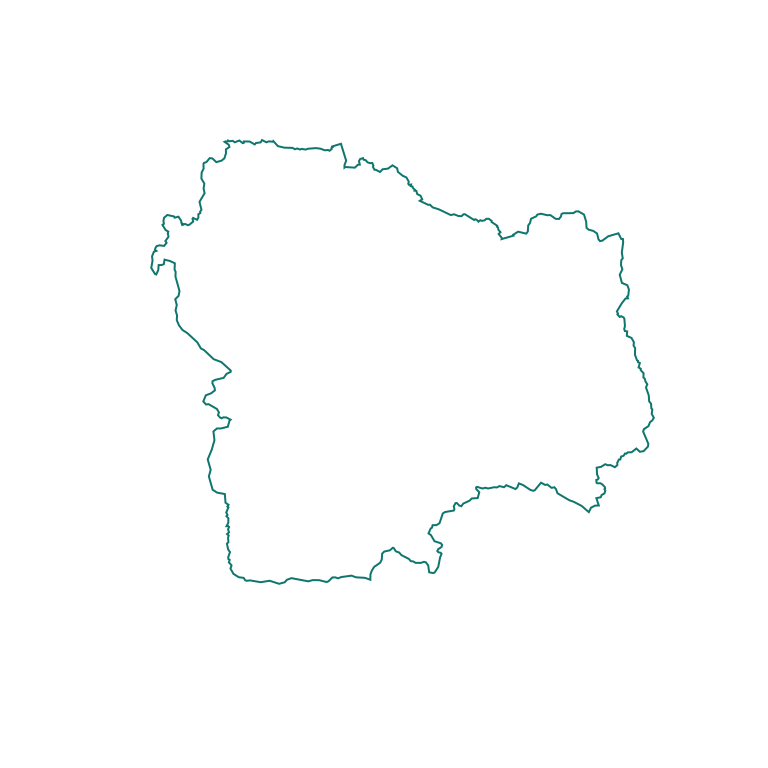 San Vicente, Antioquia, Colombia (Natural Earth projection), rotated 113°
{"feature_id": "7082276B36807549160801", "entity_name": "San Vicente", "entity_type": "district", "adm_level": 2, "iso_a3": "COL", "parent_name": "Colombia", "parent_adm1": "Antioquia", "projection": "natural_earth1", "projection_center": [-75.346, 6.311], "detail": "fine", "context": "isolated", "style": "outline", "palette": "teal", "viewbox_px": 768, "rotation_deg": 113, "n_neighbors": 0, "source": "geoboundaries", "source_scale": "gbopen_adm2", "svg_char_len": 6166}
<svg xmlns="http://www.w3.org/2000/svg" viewBox="0 0 768 768"><g transform="rotate(113 384 384)"><path d="M411.9,138.8L406.1,143.9L403.5,140.2L401.1,140.3L398.6,138.3L395.4,138.7L394.6,140.0L393.4,139.7L392.6,140.5L391.1,143.8L390.8,146.1L392.1,149.0L391.8,149.8L389.4,151.1L388.2,149.8L386.7,149.6L384.1,152.5L377.9,155.5L375.4,151.8L371.4,149.0L371.4,146.5L370.1,143.7L370.4,139.0L367.5,137.5L365.4,138.5L361.8,138.3L361.1,137.0L358.2,137.4L356.4,135.4L353.8,135.0L353.5,133.7L351.7,132.9L350.1,129.4L344.8,126.5L346.4,122.0L344.4,118.8L338.5,116.6L335.8,117.3L326.5,126.9L324.0,127.1L319.4,124.1L315.2,124.2L312.6,122.8L309.7,122.4L306.9,125.9L302.5,127.1L302.0,128.4L297.9,130.4L296.3,133.2L291.1,135.8L284.8,141.5L281.4,141.5L279.5,144.3L277.3,146.0L276.6,147.8L272.7,149.2L270.9,153.2L269.6,153.6L269.3,156.1L264.7,156.7L264.6,158.7L263.4,159.3L263.3,160.4L258.9,164.5L252.9,166.8L251.1,169.3L247.9,170.3L244.9,174.2L244.8,179.3L240.6,180.7L241.1,183.0L239.5,184.4L236.6,184.8L230.1,188.2L229.2,189.3L228.9,192.2L230.2,193.2L228.8,196.3L227.8,196.1L226.2,198.0L217.0,196.7L210.9,195.1L209.8,192.9L208.5,194.4L207.3,193.7L201.4,195.4L198.0,198.6L198.0,204.5L191.3,209.7L185.3,209.4L181.8,212.4L177.1,214.0L175.1,213.3L170.2,216.4L160.1,219.2L157.2,220.7L157.8,222.3L153.7,227.1L160.4,235.3L166.8,239.1L168.1,241.0L167.0,243.1L162.2,246.7L161.3,251.3L162.0,255.9L161.1,258.6L155.6,261.3L149.9,266.1L149.1,272.5L150.2,274.8L152.7,276.4L156.9,286.0L158.2,287.0L160.8,286.6L163.7,287.4L164.9,290.6L163.5,296.9L164.9,299.8L165.9,306.0L168.1,309.0L170.2,309.4L174.4,313.2L178.7,312.5L181.7,313.2L187.4,311.2L190.0,311.8L191.4,320.1L196.2,323.4L196.8,322.7L204.6,332.3L203.6,332.4L201.1,337.1L198.7,336.1L197.3,339.0L195.4,340.2L195.1,341.5L194.1,341.6L192.8,348.3L191.8,348.6L191.0,352.1L192.0,354.4L194.0,355.3L195.6,357.6L195.6,359.4L197.7,360.5L196.7,362.7L196.7,364.4L197.8,365.2L196.1,375.9L196.7,377.1L199.2,378.2L200.3,381.1L200.4,385.8L202.4,388.6L201.8,401.7L202.4,408.3L201.0,411.7L201.8,413.4L201.4,422.6L199.1,421.0L196.4,423.9L196.2,427.6L193.6,429.7L194.1,431.5L193.1,431.5L192.4,433.8L191.1,434.9L191.5,436.7L189.8,437.0L190.9,438.8L190.2,439.9L188.1,440.2L185.1,444.1L185.0,448.2L183.3,454.1L180.3,456.2L179.4,461.6L184.2,464.5L186.9,469.2L190.4,470.5L190.0,475.4L190.5,476.5L188.4,479.1L187.0,479.1L185.1,481.2L186.1,482.9L186.4,485.7L185.1,488.5L185.5,490.5L184.3,491.6L186.3,493.9L188.6,494.1L191.5,492.0L192.5,493.8L196.2,495.3L199.4,504.4L200.3,504.9L198.0,505.9L193.2,506.1L179.7,517.5L185.6,524.5L186.2,523.8L187.3,524.6L188.3,524.0L190.6,525.3L190.4,526.9L192.0,529.8L192.2,534.4L193.4,538.7L197.2,546.0L198.8,547.7L199.9,552.0L201.0,552.9L201.1,555.9L202.7,557.7L202.4,560.5L205.4,568.1L206.5,574.6L203.6,580.9L204.4,581.0L205.7,584.9L207.5,586.7L207.1,591.6L209.8,592.0L212.2,596.0L214.0,596.6L213.3,602.4L215.5,607.8L216.8,607.3L217.5,608.1L216.4,612.3L219.8,615.8L219.3,618.3L221.2,621.6L220.8,622.8L222.8,623.5L222.7,624.8L223.4,625.4L224.4,620.4L226.2,618.9L229.8,621.2L233.4,619.6L238.7,619.1L242.0,620.9L245.3,625.1L243.4,630.1L244.2,632.7L249.2,634.2L250.8,636.1L251.9,636.2L256.3,634.2L260.5,634.5L266.2,632.4L269.7,627.7L274.7,626.4L278.4,623.7L288.4,625.0L295.0,620.1L297.2,620.6L298.4,619.9L300.3,621.2L303.4,619.9L305.9,620.2L305.7,624.6L306.8,624.8L309.0,623.1L313.6,625.5L314.4,626.5L314.4,629.7L316.5,631.8L315.9,632.4L315.1,631.9L315.0,633.3L312.9,634.6L310.3,638.6L312.7,641.7L311.8,642.7L313.1,649.5L316.9,651.4L319.9,650.8L322.6,649.2L324.1,650.1L327.6,645.2L328.0,642.1L329.8,641.9L332.7,639.9L337.8,641.1L339.0,639.3L342.8,640.4L344.1,644.9L346.0,647.2L348.0,647.5L350.0,647.3L350.4,645.6L352.3,647.5L357.1,647.4L361.0,645.2L368.1,643.6L372.2,637.8L372.2,636.5L367.3,636.3L362.6,637.9L361.4,635.2L359.7,633.5L355.3,634.6L354.4,629.1L354.6,623.7L360.5,621.5L362.2,619.6L366.5,618.0L378.3,608.6L383.1,607.5L387.5,609.3L392.3,605.6L397.8,604.6L401.7,601.3L406.2,599.7L410.0,595.8L413.0,590.7L414.0,584.9L418.6,572.1L422.8,566.5L423.1,562.9L427.7,550.5L427.4,542.2L431.5,530.3L432.8,529.9L436.2,532.9L441.0,534.0L446.2,541.1L448.4,542.9L450.3,542.3L454.0,538.2L456.0,537.2L460.2,539.6L464.0,543.6L470.7,543.5L472.4,539.8L471.1,537.6L472.3,528.0L474.7,524.8L477.5,524.7L478.9,521.9L479.0,520.1L477.5,518.9L476.4,516.1L476.8,511.3L477.8,511.9L484.4,511.1L488.7,516.8L490.2,520.4L494.3,522.5L502.0,518.1L511.7,516.9L522.3,516.8L530.7,510.0L537.5,509.1L548.3,500.4L549.2,495.2L547.5,487.5L555.2,483.5L556.0,479.9L558.0,480.3L558.3,479.0L563.9,479.0L565.7,476.9L567.2,477.4L568.4,474.8L572.6,473.1L576.4,473.4L575.7,471.9L576.2,470.7L578.7,470.8L581.1,468.7L583.5,469.8L584.1,467.8L586.5,467.5L590.4,465.4L592.4,466.2L597.3,462.7L598.9,460.1L604.4,459.7L605.9,458.9L606.2,457.3L608.8,457.1L610.5,453.5L613.9,453.2L617.6,448.4L618.6,442.1L617.3,437.5L618.9,435.0L618.8,433.5L617.1,430.5L614.6,420.0L609.8,412.4L608.9,402.5L605.3,397.9L602.2,396.9L598.9,393.4L595.2,376.5L592.5,373.2L589.9,367.0L588.7,359.4L587.3,358.0L582.2,355.9L581.0,353.1L580.8,350.3L578.4,347.9L573.1,339.0L572.9,334.3L569.9,325.9L569.5,320.1L564.5,322.1L560.6,322.3L556.2,321.6L550.0,317.7L546.3,317.5L540.9,319.4L538.1,318.3L534.8,313.6L531.3,311.9L531.2,310.9L533.4,307.8L533.2,304.2L534.7,301.1L535.3,292.8L536.6,290.1L535.9,287.8L536.3,285.1L534.3,280.2L532.1,277.8L531.8,275.7L533.8,272.4L539.7,268.8L538.8,264.8L537.6,263.7L531.2,262.6L521.8,264.6L517.8,264.7L517.2,265.8L517.6,268.2L516.9,269.7L515.0,269.6L511.5,267.4L509.4,267.6L508.4,269.5L509.0,276.1L504.7,281.8L504.2,284.6L498.8,284.6L497.5,283.7L495.0,284.1L493.4,280.6L490.5,278.5L480.2,279.3L478.0,277.8L473.2,270.3L471.7,270.3L469.3,272.0L465.7,271.6L465.1,270.5L466.5,267.2L466.3,265.1L463.1,264.3L457.9,259.6L455.1,258.5L452.4,253.2L446.4,254.0L444.7,258.0L443.3,258.8L442.3,258.2L441.7,252.5L439.9,250.2L439.5,247.4L435.9,242.1L435.1,239.6L432.9,237.9L432.1,233.2L429.4,231.9L429.3,221.9L427.2,220.9L422.8,221.0L422.7,216.5L424.3,207.8L424.0,204.9L422.9,203.7L413.5,200.9L413.9,196.1L412.7,194.4L414.1,189.2L412.5,186.8L413.6,184.6L416.8,181.6L418.6,167.9L418.3,163.2L419.0,154.4L421.9,145.4L416.9,145.1L413.5,142.2L411.9,138.8Z" fill="none" stroke="#0f766e" stroke-width="2"/></g></svg>